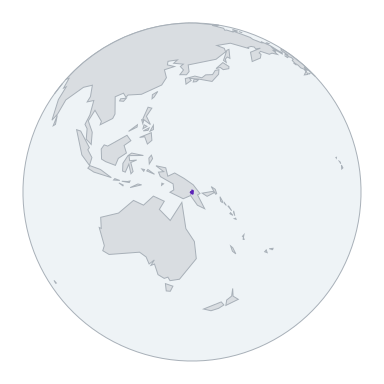 Chimbu on an orthographic globe, rotated 16°
{"feature_id": "PNG-1242", "entity_name": "Chimbu", "entity_type": "Province", "adm_level": 1, "iso_a3": "PNG", "parent_name": "Papua New Guinea", "parent_adm1": "", "projection": "orthographic", "projection_center": [144.883, -6.328], "detail": "fine", "context": "on_globe", "style": "filled", "palette": "violet", "viewbox_px": 384, "rotation_deg": 16, "n_neighbors": 0, "source": "natural_earth", "source_scale": "10m", "svg_char_len": 6589}
<svg xmlns="http://www.w3.org/2000/svg" viewBox="0 0 384 384"><g transform="rotate(16 192 192)"><circle cx="192" cy="192" r="169" fill="#eef3f6" stroke="#a8b0b8"/><path d="M285.4,223.8L285.4,225.1L285.2,225.2L285.4,223.8ZM278.8,47.0L268.2,41.9L269.5,43.5L265.3,40.9L271.0,47.1L267.7,48.5L268.3,44.9L266.0,43.1L262.3,42.7L259.1,40.9L255.5,39.9L252.1,37.9L252.7,36.6L250.5,35.4L248.0,35.3L242.9,33.8L246.9,34.0L238.6,31.3L238.1,29.8L247.1,32.3L263.3,38.8L278.8,47.0ZM329.6,128.6L328.2,124.9L330.4,127.2L329.6,128.6ZM326.5,122.7L327.2,123.9L326.4,122.9L326.5,122.7ZM325.4,122.0L326.2,122.5L325.4,122.3L325.4,122.0ZM324.0,121.5L324.7,121.6L324.0,121.5ZM321.4,119.7L320.8,119.1L321.3,118.8L321.4,119.7ZM271.1,45.5L272.7,45.7L272.2,46.2L271.1,45.5ZM255.6,40.1L256.2,40.8L254.0,40.0L255.6,40.1ZM246.8,36.5L243.3,35.4L247.0,36.2L246.8,36.5ZM241.3,34.6L232.6,32.4L233.1,33.4L226.9,29.8L236.3,32.5L240.8,33.3L239.5,33.6L241.3,34.6ZM224.8,28.4L222.8,27.9L225.1,28.2L224.8,28.4ZM137.2,32.2L133.1,33.6L126.9,36.1L132.0,34.1L139.4,31.4L143.9,30.0L141.2,30.9L142.9,30.3L144.5,29.9L149.1,28.6L168.6,24.9L170.9,25.3L165.3,26.3L177.3,25.9L178.9,27.5L180.5,26.8L187.3,26.9L186.9,26.3L188.2,26.1L205.5,27.4L208.4,28.5L217.6,29.4L218.5,29.2L216.8,28.4L226.9,29.8L233.1,33.4L231.0,33.6L236.3,36.2L230.6,36.5L228.4,38.3L219.1,37.9L218.2,39.8L220.4,40.7L220.8,44.4L213.9,50.0L209.7,41.5L218.1,34.9L213.8,36.9L211.9,35.5L208.6,35.8L205.8,37.7L207.3,38.4L187.9,38.4L175.5,44.3L183.4,45.0L185.7,47.9L178.5,57.8L153.3,70.9L156.0,77.1L154.4,80.8L148.0,82.6L150.2,77.0L146.2,74.6L148.4,71.5L138.9,73.3L141.6,69.0L132.9,73.0L133.3,76.6L140.6,76.2L131.8,82.1L135.9,89.2L133.4,97.5L116.5,112.0L103.8,116.4L102.4,119.2L98.9,115.9L91.9,121.6L96.5,138.3L95.5,143.2L85.2,152.7L85.4,149.0L76.2,140.2L72.7,152.2L79.6,162.0L82.0,174.1L75.8,170.4L73.7,160.0L70.5,156.5L72.6,146.0L72.4,131.1L66.4,134.3L68.1,128.3L66.8,116.8L58.8,121.3L45.3,138.3L41.3,154.1L37.6,161.6L38.1,140.0L42.1,125.6L39.9,127.5L42.5,116.6L40.0,118.2L45.7,107.5L52.1,97.2L59.3,87.5L67.1,78.2L75.6,69.6L84.6,61.5L94.3,54.2L104.4,47.5L115.0,41.6L125.9,36.5L137.2,32.2ZM37.5,123.6L36.3,126.8L32.7,135.7L37.5,123.6ZM83.7,315.0L86.7,316.9L86.1,317.3L83.7,315.0ZM119.2,203.4L124.0,204.3L123.9,205.1L119.2,203.4ZM114.1,200.4L119.4,200.8L113.3,202.1L114.1,200.4ZM121.5,201.0L127.0,199.7L129.4,198.5L129.1,200.2L121.5,201.0ZM110.5,200.4L92.2,199.9L85.3,197.8L86.6,194.8L97.8,195.6L110.5,200.4ZM86.1,194.7L75.9,186.7L63.9,163.9L68.2,164.1L81.1,177.6L80.2,180.1L86.3,186.5L86.1,194.7ZM111.9,180.0L111.0,187.5L100.6,186.6L96.0,185.3L92.9,175.7L94.6,170.9L98.3,171.1L113.9,155.4L119.1,159.5L113.9,166.0L118.2,172.6L111.9,180.0ZM41.4,155.5L42.1,164.7L40.3,166.6L41.4,155.5ZM121.3,144.7L114.3,151.2L121.0,142.4L121.3,144.7ZM125.9,136.4L125.8,139.8L123.7,136.4L125.9,136.4ZM101.2,123.7L97.3,124.4L97.7,122.1L103.0,119.9L101.2,123.7ZM131.4,104.8L129.4,111.2L127.9,113.4L127.1,109.4L131.4,104.8ZM166.8,25.1L170.8,24.4L171.0,24.5L170.1,24.7L166.8,25.1ZM172.0,24.2L170.9,24.4L167.9,24.8L168.8,24.6L172.0,24.2ZM250.4,289.6L253.8,291.8L249.6,296.5L243.0,300.9L235.4,301.3L250.4,289.6ZM194.5,294.2L191.7,287.4L199.6,287.8L198.5,293.4L194.5,294.2ZM255.1,286.3L258.8,281.1L257.7,273.5L260.2,280.8L266.1,282.4L255.8,291.7L255.1,286.3ZM158.2,264.3L129.5,274.9L122.4,273.0L122.5,267.7L112.6,251.7L114.8,252.0L111.2,241.5L127.2,232.5L138.1,216.2L149.0,218.0L156.0,206.6L167.9,208.5L165.4,217.7L178.9,225.4L185.1,204.8L196.2,228.9L207.9,238.9L214.5,254.9L204.0,279.3L195.3,283.3L192.3,280.5L189.1,282.7L182.1,280.8L175.8,271.6L172.7,273.9L174.5,267.7L170.6,273.0L165.8,267.1L158.2,264.3ZM244.0,233.2L246.5,234.3L251.2,239.4L247.2,237.8L244.0,233.2ZM279.3,227.2L281.0,229.6L278.3,229.4L279.3,227.2ZM285.2,225.2L281.9,225.2L285.4,223.8L285.2,225.2ZM253.8,221.4L255.2,223.2L254.3,223.5L253.8,221.4ZM252.7,220.7L253.7,218.6L253.9,221.0L252.7,220.7ZM240.0,206.0L241.2,205.1L241.9,206.1L240.0,206.0ZM131.3,204.8L137.8,199.2L141.6,199.0L131.3,204.8ZM237.8,203.2L234.4,202.4L234.7,201.2L237.8,203.2ZM237.7,200.3L237.2,198.6L239.7,203.0L237.7,200.3ZM231.1,195.4L235.3,199.1L230.6,195.7L231.1,195.4ZM228.7,195.5L225.8,193.7L225.9,193.2L228.7,195.5ZM198.1,193.2L208.8,204.6L200.8,203.2L191.6,195.8L185.4,200.9L170.9,198.3L173.9,195.0L171.6,189.4L157.3,185.9L154.3,182.1L159.2,180.2L150.1,176.7L160.1,176.0L164.4,183.5L170.1,178.5L180.6,181.1L191.1,184.7L200.1,191.3L198.1,193.2ZM160.6,191.8L162.4,192.0L160.9,194.0L160.6,191.8ZM220.2,188.8L224.4,193.0L224.0,193.8L222.0,192.9L220.2,188.8ZM202.1,190.3L211.5,185.8L213.9,186.2L207.7,192.0L202.1,190.3ZM209.0,181.5L213.6,183.0L216.2,186.8L215.3,187.6L209.0,181.5ZM140.2,183.5L139.9,185.4L137.4,183.7L140.2,183.5ZM143.4,182.5L151.1,185.3L142.7,184.2L143.4,182.5ZM121.4,174.4L123.4,179.1L130.0,176.5L125.0,180.5L129.7,188.5L128.3,191.3L123.6,182.7L122.4,191.3L119.5,191.0L117.7,183.5L120.4,174.7L123.3,171.2L135.2,170.3L121.4,174.4ZM143.2,176.8L141.2,171.3L142.8,167.8L144.9,170.8L143.2,176.8ZM135.9,158.2L131.3,151.9L126.6,154.0L136.5,146.2L139.2,153.4L135.9,158.2ZM132.7,144.9L128.3,146.7L133.1,142.2L132.7,144.9ZM127.4,144.7L127.4,140.6L130.6,141.3L127.4,144.7ZM134.9,145.2L136.5,138.4L137.7,142.6L134.9,145.2ZM127.3,131.7L133.4,138.6L124.6,135.3L126.4,122.6L130.3,122.5L127.3,131.7ZM162.8,85.9L163.0,82.9L167.1,82.6L165.8,84.7L162.8,85.9ZM180.8,80.2L168.3,81.5L158.3,83.4L160.5,85.0L156.5,90.0L154.3,84.8L162.8,79.8L170.0,79.5L172.9,75.6L179.4,73.5L180.8,68.7L184.2,67.0L185.1,71.5L180.8,80.2ZM181.1,66.7L186.0,59.1L192.9,61.2L193.4,63.3L188.3,65.8L184.9,64.5L181.1,66.7ZM189.2,58.0L186.0,56.8L186.4,46.2L188.2,44.7L191.6,53.1L188.7,52.5L187.4,55.0L189.2,58.0ZM222.5,28.1L222.8,27.9L223.9,28.4L222.5,28.1ZM187.8,25.8L189.7,25.5L190.9,25.8L187.8,25.8ZM195.7,25.1L192.9,24.9L196.4,25.0L195.7,25.1ZM186.7,24.6L192.1,24.7L186.1,24.9L186.7,24.6Z" fill="#d9dde1" stroke="#a8b0b8" stroke-width="1"/><path d="M192.5,190.4L192.6,190.5L192.8,190.7L192.8,190.8L192.8,191.2L192.8,191.3L193.0,191.4L193.0,191.5L193.1,191.8L193.1,192.0L192.9,192.1L192.8,192.3L192.7,192.3L192.6,192.2L192.5,192.3L192.4,192.3L192.3,192.6L192.5,192.6L192.9,193.0L193.0,193.0L193.3,193.1L193.2,193.6L192.9,193.5L192.7,193.5L192.7,193.4L192.4,193.4L192.2,193.3L192.1,193.2L192.0,193.3L191.9,193.2L191.8,193.3L191.8,193.2L191.7,193.2L191.4,193.1L191.2,193.0L191.1,192.9L191.0,192.7L190.9,192.7L190.7,192.7L190.7,192.4L190.8,192.4L191.0,192.3L191.0,192.1L191.3,192.0L191.3,191.9L191.5,191.8L191.6,191.5L191.6,191.4L191.5,191.2L191.7,190.9L191.8,190.9L191.7,190.4L191.8,190.4L192.0,190.4L192.3,190.5L192.4,190.4L192.5,190.4Z" fill="#8b5cf6" stroke="#5b21b6" stroke-width="1.5"/></g></svg>